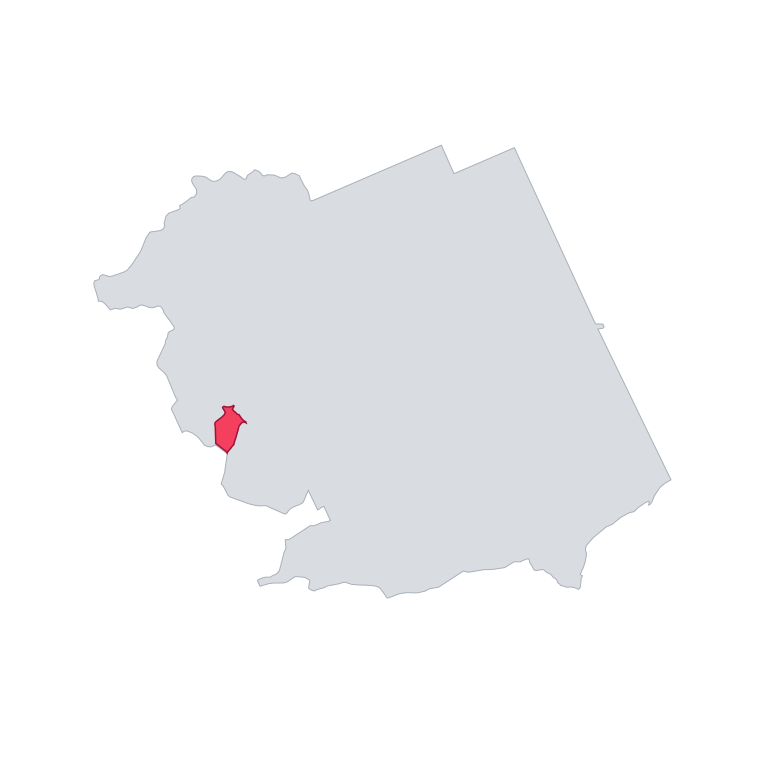 Keilak, South Kordufan, Sudan (highlighted), rotated 65°
{"feature_id": "16777658B16982967361933", "entity_name": "Keilak", "entity_type": "district", "adm_level": 2, "iso_a3": "SDN", "parent_name": "Sudan", "parent_adm1": "South Kordufan", "projection": "orthographic", "projection_center": [29.554, 10.642], "detail": "fine", "context": "in_parent", "style": "filled", "palette": "rose", "viewbox_px": 768, "rotation_deg": 65, "n_neighbors": 0, "source": "geoboundaries", "source_scale": "gbopen_adm2", "svg_char_len": 5536}
<svg xmlns="http://www.w3.org/2000/svg" viewBox="0 0 768 768"><g transform="rotate(65 384 384)"><path d="M515.0,581.8L508.9,581.8L508.2,580.4L508.3,576.4L508.9,573.3L511.1,568.5L510.5,565.8L510.8,562.1L509.1,557.8L494.3,545.7L491.4,542.3L483.4,539.3L484.8,535.8L481.2,510.6L482.8,507.7L483.2,503.3L483.1,499.4L484.9,493.0L485.1,490.2L469.5,490.2L469.4,493.0L470.1,496.1L470.1,497.3L448.4,497.6L457.2,507.4L457.6,511.7L457.2,517.2L457.4,520.6L457.9,522.9L460.3,527.3L460.1,528.1L459.6,529.2L444.3,542.5L441.7,548.6L439.7,551.8L435.3,557.3L421.2,571.4L418.9,572.4L408.1,572.9L407.1,573.3L406.2,573.9L405.8,573.8L396.5,565.6L381.0,555.6L370.8,560.8L368.0,562.7L367.9,567.5L366.4,570.0L363.6,572.6L356.0,574.3L352.1,575.7L347.4,578.4L342.8,582.9L342.4,585.3L342.9,587.4L316.7,587.2L315.0,585.5L311.2,578.0L308.6,578.5L284.7,577.5L281.3,578.2L274.5,581.2L271.0,581.7L267.5,580.2L255.1,565.4L252.4,563.6L249.6,560.1L247.0,558.5L246.1,557.4L245.8,555.9L245.9,552.6L245.1,550.6L243.1,550.1L226.3,553.3L223.9,552.9L220.3,553.4L219.1,554.0L217.7,555.9L217.4,560.0L216.9,562.0L215.6,564.2L210.7,569.1L209.6,571.2L209.8,576.7L209.4,579.5L208.7,580.7L206.6,582.8L205.8,584.0L204.9,591.0L202.2,595.2L201.5,596.7L201.4,599.8L200.9,600.7L193.3,603.0L190.4,604.5L188.6,606.8L188.2,607.9L184.9,606.9L180.8,606.3L172.9,605.3L169.7,604.2L168.2,602.5L168.8,598.2L168.0,597.3L166.8,596.5L165.9,594.7L166.1,592.5L170.4,587.6L171.3,585.0L172.6,572.7L172.4,569.0L169.2,562.0L161.8,549.9L160.0,547.5L150.7,537.5L149.7,536.0L147.4,531.8L150.2,522.8L150.4,520.3L149.8,517.7L147.5,515.7L145.3,515.4L142.6,512.9L140.8,511.8L139.2,509.6L138.2,506.6L139.2,495.9L138.7,494.5L136.3,494.0L135.8,493.3L135.9,491.2L134.8,485.1L133.5,480.0L134.3,477.3L132.4,473.4L128.6,471.7L121.1,472.8L118.7,472.5L117.1,471.7L116.1,470.3L115.5,468.7L116.1,466.2L118.4,461.7L121.2,458.0L126.7,454.8L128.2,453.0L129.0,451.0L129.3,448.7L129.0,446.3L128.4,444.0L126.9,441.1L125.6,437.6L125.6,435.3L126.4,433.6L127.9,431.6L133.3,427.8L138.9,424.6L139.9,423.5L139.6,422.1L137.1,419.4L136.5,414.1L135.2,410.5L138.1,407.8L140.2,406.8L143.4,406.1L144.7,405.0L145.1,402.8L145.1,400.7L146.3,399.1L147.9,395.8L149.2,394.3L153.5,390.5L154.5,388.0L154.8,385.6L153.9,378.2L156.4,375.2L159.5,372.7L164.0,372.9L170.8,372.5L175.5,371.5L178.8,371.6L186.4,373.2L187.2,372.6L187.7,370.6L191.8,231.1L222.6,231.7L223.0,231.4L224.9,166.0L417.5,167.0L419.1,166.7L422.0,160.6L423.3,160.1L425.3,160.5L426.0,161.9L424.5,166.9L592.1,164.4L592.8,171.8L594.4,177.8L599.6,186.2L603.8,190.7L605.4,193.2L605.6,194.3L605.5,195.4L604.2,194.2L602.1,193.4L602.0,197.4L603.4,205.6L605.3,211.3L604.3,216.7L604.9,225.7L607.6,236.4L607.5,243.4L611.7,259.4L615.6,268.3L617.5,270.5L619.7,271.6L623.8,272.3L630.1,276.7L635.0,281.4L636.9,283.8L639.3,286.5L640.9,286.0L641.8,285.2L643.5,287.4L651.2,292.0L652.5,294.3L649.9,296.5L646.9,300.4L645.5,304.0L644.8,305.1L642.3,307.4L642.0,308.5L640.9,309.2L639.7,309.3L637.2,310.6L634.8,310.2L632.5,311.0L631.7,311.8L629.8,312.6L627.3,313.1L623.5,316.2L620.1,317.7L619.0,318.9L617.4,324.9L616.1,326.5L611.0,326.8L608.5,327.4L605.1,326.8L603.4,326.9L603.0,328.2L602.6,333.3L602.8,335.5L600.1,341.4L601.4,352.3L598.9,360.5L598.5,362.4L595.9,369.0L594.6,371.4L591.3,383.6L590.1,387.3L587.1,391.3L591.2,420.4L588.8,429.4L589.1,434.3L587.5,441.5L586.1,444.9L583.9,448.9L582.0,453.5L580.5,459.4L579.7,470.6L579.1,471.7L569.9,473.3L567.0,474.1L565.1,475.4L562.7,478.3L558.2,486.3L555.8,491.2L552.0,497.9L547.5,502.7L546.6,504.9L546.0,509.2L544.4,515.9L543.0,520.8L543.3,524.6L542.0,531.3L542.2,534.5L540.7,536.3L538.5,538.1L537.1,538.6L530.5,534.2L526.0,537.3L523.2,541.7L521.0,546.1L522.4,555.3L522.3,557.3L521.7,559.5L517.5,568.7L516.3,572.8L515.1,580.0L515.0,581.8Z" fill="#d9dde1" stroke="#a8b0b8" stroke-width="1"/><path d="M367.5,538.8L367.3,538.6L366.7,538.1L366.4,537.8L365.7,537.3L365.3,536.9L365.0,536.6L364.6,536.2L364.3,536.1L364.2,536.0L364.0,535.8L363.8,535.5L363.5,535.4L363.4,535.2L363.0,534.9L362.5,534.5L361.9,534.0L361.8,533.9L361.1,533.5L361.0,533.4L360.9,533.3L360.8,533.1L360.7,532.9L360.6,532.6L360.3,532.1L360.2,531.8L360.0,531.5L359.9,531.2L359.7,530.8L359.6,530.6L359.5,530.4L359.4,530.3L359.4,530.2L359.2,530.0L359.2,529.5L359.1,529.2L359.1,528.4L359.1,528.0L359.1,527.8L359.1,527.7L359.2,526.9L359.4,526.7L359.9,526.3L360.1,526.1L361.0,525.4L359.7,525.3L359.3,525.7L358.6,526.3L357.8,526.6L356.9,527.1L356.1,527.2L355.3,527.6L352.2,528.1L350.5,528.4L349.6,529.5L348.7,530.1L347.0,530.5L345.3,531.4L342.8,532.1L342.0,531.0L341.2,529.8L340.6,529.2L339.9,529.4L340.1,531.3L339.3,534.2L338.5,536.3L337.4,537.5L336.7,538.4L336.5,539.1L337.2,540.3L341.3,539.9L342.9,540.0L344.3,541.7L345.4,544.6L346.9,551.5L347.7,553.5L349.1,554.3L351.7,555.1L358.9,558.2L366.9,561.6L369.7,560.1L373.8,558.0L376.1,556.8L378.9,555.3L379.0,555.3L379.7,555.3L380.3,555.3L380.1,555.1L379.6,554.7L379.5,554.3L379.4,554.3L379.4,554.2L379.2,553.8L379.2,553.6L379.1,553.4L378.8,553.0L378.6,552.6L378.5,552.3L378.4,552.1L378.2,551.5L378.2,551.4L377.9,551.0L377.8,550.8L377.8,550.7L377.6,550.4L377.5,550.2L377.4,549.9L377.3,549.7L377.2,549.4L377.0,549.2L376.8,548.8L376.7,548.6L376.4,548.1L376.3,547.9L376.2,547.7L376.0,547.4L375.9,547.3L375.9,547.2L375.7,546.1L375.1,545.5L374.9,545.3L374.6,545.1L374.4,545.0L374.3,544.9L374.2,544.8L372.2,543.0L371.5,542.4L371.4,542.3L371.1,541.9L370.7,541.5L370.6,541.4L370.4,541.4L370.1,541.1L369.9,540.9L369.7,540.7L368.6,539.7L368.4,539.6L368.3,539.4L368.2,539.3L367.7,539.0L367.6,538.9L367.5,538.8Z" fill="#f43f5e" stroke="#9f1239" stroke-width="1.5"/></g></svg>